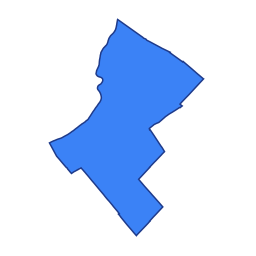 outline of Gropeni, Braila, Romania, rotated 205°
{"feature_id": "2599482B39333936770759", "entity_name": "Gropeni", "entity_type": "district", "adm_level": 2, "iso_a3": "ROU", "parent_name": "Romania", "parent_adm1": "Braila", "projection": "equal_earth", "projection_center": [27.896, 45.061], "detail": "fine", "context": "isolated", "style": "filled", "palette": "blue", "viewbox_px": 256, "rotation_deg": 205, "n_neighbors": 0, "source": "geoboundaries", "source_scale": "gbopen_adm2", "svg_char_len": 5259}
<svg xmlns="http://www.w3.org/2000/svg" viewBox="0 0 256 256"><g transform="rotate(205 128 128)"><path d="M80.3,204.4L80.5,204.4L81.7,204.8L81.8,204.8L84.3,205.5L86.9,206.2L87.0,206.2L89.5,206.9L92.1,207.7L92.3,207.7L93.3,208.0L93.5,208.1L106.2,211.6L106.3,211.0L122.1,214.0L121.9,214.5L122.9,214.5L131.0,214.6L131.5,214.6L131.9,214.7L132.0,214.7L144.9,215.4L148.1,215.5L148.3,215.6L148.6,215.7L149.2,216.1L149.3,216.1L150.4,216.1L150.6,216.1L151.9,216.0L152.8,216.4L183.3,222.0L183.3,221.9L183.1,221.2L182.9,220.4L182.7,219.7L182.6,219.3L182.5,219.0L182.5,218.8L182.4,218.6L182.4,218.4L182.3,218.2L182.2,217.8L182.1,217.6L182.0,217.1L181.9,216.8L181.7,216.3L181.7,215.8L181.5,215.3L181.4,215.1L181.4,214.8L181.3,214.2L181.2,214.0L181.1,213.7L181.1,213.4L181.0,213.0L181.0,212.7L181.0,212.4L180.9,212.0L180.9,211.8L180.9,211.6L180.9,211.4L180.9,211.1L181.0,210.8L180.9,210.7L180.9,210.3L181.0,210.0L181.1,209.7L181.1,209.3L181.2,208.9L181.3,208.3L181.4,207.9L181.5,207.6L181.6,207.3L181.7,207.0L181.9,206.4L182.0,206.3L182.0,206.2L182.3,205.5L182.5,205.0L182.7,204.5L182.7,204.3L182.8,204.0L182.9,203.4L182.9,203.2L182.9,202.9L183.0,202.7L183.0,202.4L183.1,202.0L183.1,201.6L183.1,201.2L183.1,200.6L183.1,200.2L183.0,199.8L182.9,199.6L182.9,199.4L182.9,199.2L182.9,198.7L182.8,198.2L182.6,197.6L182.6,197.2L182.5,196.5L182.5,196.0L182.4,195.6L182.4,195.3L182.5,195.1L182.5,194.8L182.5,194.5L182.6,194.2L182.7,193.7L182.8,193.5L182.9,193.3L182.9,193.0L183.1,192.8L183.1,192.6L183.2,192.3L183.3,191.9L183.5,191.6L183.5,191.2L183.7,190.9L183.8,190.7L183.9,190.3L183.9,190.1L184.0,189.8L184.1,189.4L184.1,189.1L184.2,188.6L184.2,188.2L184.2,187.8L184.2,187.6L184.3,187.4L184.3,187.0L184.3,186.7L184.3,186.4L184.4,185.8L184.4,185.4L184.4,184.9L184.3,184.4L184.1,183.9L184.0,183.4L183.9,182.6L183.7,181.9L183.6,181.5L183.3,180.7L183.2,180.3L183.0,179.4L182.8,178.9L182.7,178.1L182.5,177.6L182.3,176.9L182.1,176.3L181.9,175.8L181.8,175.5L181.7,175.2L181.5,174.8L181.3,174.2L181.2,173.9L181.0,173.5L180.9,173.2L180.9,172.8L180.8,172.1L180.7,171.4L180.7,170.8L180.7,170.2L180.7,169.4L180.7,168.8L180.7,167.8L180.7,167.2L180.7,166.7L180.5,166.2L180.4,165.5L180.2,164.9L180.1,164.4L180.0,163.9L179.8,163.6L179.6,163.3L179.5,163.2L179.3,163.1L179.1,162.9L178.7,162.8L178.4,162.5L177.6,162.2L176.5,162.1L175.4,162.2L174.5,162.4L173.4,162.4L172.1,162.0L171.7,161.6L171.3,161.1L171.1,160.7L170.9,160.3L170.8,159.8L170.8,159.3L170.8,158.7L170.8,158.3L170.9,158.0L171.0,157.6L171.1,156.9L171.3,156.4L171.5,156.0L171.8,155.6L172.2,155.1L172.4,154.7L172.6,154.3L172.8,153.8L172.9,153.2L172.9,152.7L172.8,152.2L172.7,151.7L172.5,151.2L172.4,151.0L172.3,150.9L172.1,150.6L171.8,150.3L171.4,150.1L171.0,149.8L170.8,149.7L170.4,149.5L170.0,149.3L169.5,149.1L169.1,148.8L168.6,148.5L168.4,148.3L168.2,148.1L167.8,147.8L167.4,147.5L167.0,147.0L166.6,146.6L166.2,146.1L165.9,145.7L165.6,145.3L165.2,144.6L165.0,144.3L164.8,143.8L164.7,143.6L164.7,143.3L164.5,142.8L164.5,142.6L164.5,142.3L164.4,141.9L164.4,141.7L164.4,141.4L164.4,141.0L164.4,140.5L164.4,140.1L164.5,139.6L164.7,138.5L165.0,137.3L165.3,135.1L165.9,132.4L166.2,130.0L166.5,128.6L166.7,127.5L166.8,126.6L167.1,124.3L167.3,122.7L167.4,122.1L167.5,121.8L167.5,121.5L167.7,120.3L167.8,119.1L168.1,118.3L168.5,117.6L168.9,117.1L169.0,116.7L169.3,115.9L169.5,115.3L169.7,115.1L170.5,113.6L171.0,112.9L171.2,112.7L171.8,111.6L171.9,111.3L172.6,110.1L173.3,108.7L173.7,107.9L174.1,106.9L174.3,106.7L175.2,105.0L176.3,102.7L176.9,101.7L177.2,101.3L178.3,99.2L179.8,96.7L181.9,93.9L184.1,90.8L185.5,89.5L187.0,88.1L187.3,87.8L188.2,86.8L189.1,85.8L190.1,84.8L191.1,83.6L191.9,82.6L192.9,81.3L180.8,72.3L179.0,71.5L177.2,70.7L172.9,68.7L169.4,67.1L167.1,66.1L166.7,66.1L166.2,66.0L165.8,65.7L165.3,65.3L162.7,64.1L161.5,63.5L160.0,62.9L159.6,63.6L158.5,65.5L157.4,66.9L156.7,67.9L155.9,68.9L156.0,69.0L155.5,69.6L155.1,70.1L154.3,71.0L153.8,71.8L153.7,72.0L153.2,71.8L152.8,71.6L151.1,70.9L150.4,70.6L149.6,70.2L148.6,69.8L147.5,69.3L146.5,68.8L144.7,68.0L140.3,65.9L138.9,65.2L134.9,63.4L128.8,60.5L121.7,57.2L120.2,56.4L117.5,55.1L116.0,54.4L114.7,53.9L111.5,52.4L109.8,51.6L108.1,50.7L105.5,49.5L104.9,49.2L103.3,48.5L102.1,47.9L100.9,47.3L100.3,47.0L99.6,46.6L100.2,45.9L99.9,45.8L96.9,44.3L96.9,44.2L93.8,42.7L88.0,39.9L84.7,38.4L82.0,37.2L77.7,35.2L74.9,34.0L74.7,34.9L73.9,37.3L70.4,47.6L69.5,50.3L69.3,51.1L69.1,51.7L68.7,52.8L69.0,52.9L67.6,57.5L66.9,59.6L66.4,61.0L63.1,71.2L74.7,76.3L77.8,77.6L82.1,79.5L88.2,82.1L96.7,86.0L93.5,95.8L91.6,101.7L91.8,101.7L90.6,105.3L89.4,108.9L89.3,109.1L89.2,109.3L87.5,114.4L86.2,118.2L86.2,118.4L85.4,120.7L84.9,122.0L86.9,123.4L88.9,124.7L90.1,125.4L90.6,125.6L96.1,129.0L97.4,129.8L101.1,132.1L103.1,133.3L107.3,135.8L107.6,135.4L107.7,135.5L107.9,135.8L108.1,136.1L108.5,136.6L106.1,141.5L106.0,141.9L104.1,144.3L103.6,144.8L102.4,146.1L101.3,148.5L100.9,149.4L100.5,150.3L100.2,151.0L99.3,153.0L99.1,153.6L98.9,153.9L98.9,154.0L98.7,154.4L98.4,154.9L97.8,155.9L97.1,157.2L96.7,157.9L96.6,158.0L95.9,159.1L94.7,160.8L93.6,162.5L93.0,163.4L91.0,166.6L90.0,168.3L89.9,168.3L89.4,168.4L88.9,169.5L88.2,170.9L89.1,171.1L90.3,171.4L90.9,171.5L91.0,171.6L90.1,174.6L89.8,175.5L88.4,179.6L87.0,183.6L81.8,199.8L80.3,204.4Z" fill="#3b82f6" stroke="#1e3a8a" stroke-width="1.5"/></g></svg>